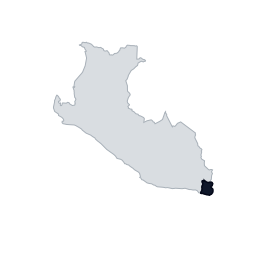 location of Tacna within Peru, rotated 333°
{"feature_id": "PER-575", "entity_name": "Tacna", "entity_type": "Department", "adm_level": 1, "iso_a3": "PER", "parent_name": "Peru", "parent_adm1": "", "projection": "natural_earth1", "projection_center": [-70.312, -17.577], "detail": "fine", "context": "in_parent", "style": "filled", "palette": "ink", "viewbox_px": 256, "rotation_deg": 333, "n_neighbors": 0, "source": "natural_earth", "source_scale": "10m", "svg_char_len": 5238}
<svg xmlns="http://www.w3.org/2000/svg" viewBox="0 0 256 256"><g transform="rotate(333 128 128)"><path d="M174.1,75.4L174.1,76.1L173.4,76.4L172.7,75.9L171.7,76.1L170.1,74.5L166.5,74.7L164.9,76.6L162.6,77.0L159.9,77.9L157.0,78.2L152.3,81.2L151.3,82.4L149.2,84.2L147.5,84.8L146.6,90.2L145.0,93.4L144.3,95.1L145.2,97.7L145.2,99.0L144.3,100.0L143.5,100.2L141.9,101.3L139.5,103.7L139.1,105.5L139.9,107.9L139.6,108.2L137.7,108.7L137.7,110.0L137.3,110.5L139.0,112.5L139.9,112.9L139.9,113.4L139.8,113.9L139.4,114.1L139.4,114.6L140.6,116.0L141.5,118.9L143.2,120.3L143.2,121.3L143.7,122.2L144.6,122.9L146.7,125.8L146.8,127.1L144.6,130.2L148.2,130.2L152.2,131.2L152.7,131.7L153.2,133.1L153.2,134.0L154.0,134.8L154.0,136.5L159.2,136.5L162.6,136.1L168.0,130.9L168.9,130.5L168.4,131.6L168.4,132.4L168.7,133.3L168.0,134.6L168.0,147.1L169.0,146.5L170.3,147.7L171.2,147.7L174.2,146.3L177.7,146.5L185.8,163.0L185.1,164.1L185.1,164.9L184.1,165.6L183.1,167.0L183.0,173.5L182.2,175.5L182.7,176.5L183.1,178.6L183.9,179.8L184.0,180.6L184.0,181.0L182.8,181.7L182.8,182.8L180.7,185.2L180.4,186.8L179.6,187.3L179.5,189.1L181.3,192.0L180.1,193.7L179.0,196.3L180.9,201.7L181.6,202.4L182.4,202.4L183.6,202.9L184.3,203.7L182.8,204.7L182.5,205.1L182.6,206.9L181.0,208.2L178.9,211.6L178.3,211.8L177.2,212.8L177.0,213.3L177.2,213.8L178.1,214.8L178.2,216.1L176.6,217.6L175.5,217.8L175.1,218.2L175.6,220.3L175.6,221.2L175.2,222.3L174.5,223.5L172.1,224.8L170.0,225.0L166.4,221.9L165.3,220.6L161.7,217.9L161.2,215.2L160.0,213.8L157.8,212.8L156.1,211.4L154.7,210.7L151.5,207.6L148.6,206.6L143.1,203.3L140.1,202.2L136.3,199.1L134.3,198.3L132.6,196.9L127.6,193.8L126.8,192.9L126.1,191.3L125.0,190.5L123.7,188.4L121.9,187.2L120.1,185.6L117.9,181.3L116.8,180.3L116.7,178.3L116.0,177.4L117.1,176.8L117.7,173.7L117.4,172.2L114.8,168.1L114.3,166.4L112.5,163.2L111.8,161.3L110.3,160.0L109.7,158.8L108.8,158.3L108.8,156.8L108.2,154.1L107.4,152.7L104.4,150.1L104.1,147.3L103.4,145.3L99.3,137.4L96.9,129.8L94.9,125.5L94.0,123.1L94.0,121.8L92.5,119.5L91.6,117.5L88.3,113.5L86.3,109.1L86.1,107.8L84.7,105.4L82.6,102.2L81.5,100.9L75.1,97.1L72.1,94.7L71.7,93.5L71.9,92.8L72.5,92.1L73.4,92.6L74.0,92.4L74.4,91.5L74.4,90.2L73.9,88.5L71.8,85.3L72.3,83.8L70.2,80.0L70.7,76.3L71.2,75.4L74.3,71.6L75.1,70.1L76.5,69.1L77.8,67.6L79.4,66.4L79.9,66.8L80.4,68.8L80.3,70.1L80.8,71.6L79.7,73.0L78.4,72.7L78.0,73.0L77.8,73.6L78.0,74.7L78.3,75.1L79.2,75.1L78.0,77.1L78.1,77.5L78.9,77.8L79.8,77.3L80.6,76.2L81.2,76.0L84.3,77.9L85.8,77.7L86.9,78.6L87.0,80.0L88.6,82.7L90.9,83.4L91.3,83.2L91.8,82.1L92.3,82.0L92.4,80.5L94.5,78.9L94.8,77.7L94.5,77.0L94.5,76.3L95.7,72.8L96.1,72.4L96.4,71.2L96.9,70.5L97.5,66.5L98.1,66.5L98.6,67.5L99.3,67.2L98.9,66.3L99.0,66.0L101.3,62.8L102.0,62.1L112.8,57.7L118.1,53.1L122.9,46.8L124.4,40.4L124.9,40.8L125.8,40.6L125.5,38.1L125.7,36.8L125.7,36.4L124.2,34.9L123.6,33.2L122.3,32.2L122.4,31.9L123.7,32.2L125.0,32.1L126.0,31.0L126.8,31.1L128.6,32.6L129.9,32.7L130.3,33.7L131.6,34.5L133.4,36.7L134.2,39.1L134.2,39.6L135.0,40.8L136.8,41.5L138.5,43.2L140.3,43.8L141.1,45.4L141.6,45.9L141.9,46.8L141.6,47.9L141.9,48.5L143.2,49.4L144.4,49.5L144.6,49.9L145.2,52.6L144.8,53.9L145.0,54.7L146.5,55.3L146.9,55.9L148.1,56.0L149.8,55.5L151.9,56.3L153.6,56.0L154.3,55.8L155.1,55.2L155.7,55.2L157.4,53.5L157.8,53.3L159.6,54.1L161.1,55.3L162.9,55.0L163.7,54.3L165.0,53.9L167.4,55.4L167.9,56.0L168.6,56.2L171.1,57.6L171.6,58.2L173.0,58.7L173.2,59.2L173.2,59.7L167.1,70.6L169.0,71.5L170.7,70.9L171.6,71.7L172.3,73.4L173.7,74.6L174.1,75.4Z" fill="#d9dde1" stroke="#a8b0b8" stroke-width="1"/><path d="M178.2,216.1L177.1,217.3L176.6,217.7L176.2,217.7L175.8,217.7L175.4,217.7L175.2,218.0L175.1,218.5L175.2,218.9L175.3,219.2L175.4,219.7L175.4,220.0L175.5,220.1L175.7,220.5L175.8,220.7L175.8,220.9L175.8,221.1L175.2,222.5L175.0,222.9L174.8,223.1L174.5,223.4L174.1,224.0L173.9,224.1L173.7,224.2L173.4,224.2L173.2,224.3L172.6,224.7L172.4,224.8L171.9,224.8L170.9,224.7L170.5,224.8L170.2,224.9L170.0,224.7L169.6,224.4L169.0,223.9L168.7,223.7L168.4,223.5L168.1,223.3L167.6,223.0L167.2,222.5L167.1,222.4L166.9,222.3L166.4,221.7L166.2,221.6L165.9,221.5L165.8,221.4L165.6,221.0L165.6,220.7L165.4,220.7L164.9,220.3L164.7,220.1L164.2,220.0L164.0,219.9L163.5,219.4L163.3,219.3L163.2,219.2L163.3,218.9L163.5,218.6L163.6,218.4L164.0,218.1L164.3,217.8L165.1,217.4L165.3,217.4L165.5,217.2L165.7,216.6L165.8,216.5L165.9,216.4L166.2,216.0L166.3,215.9L166.5,215.6L166.5,215.4L166.6,214.8L166.7,214.7L167.1,214.1L167.2,213.8L167.3,213.6L167.4,213.4L167.5,213.3L167.6,213.2L167.8,213.1L168.0,213.1L168.4,212.9L169.1,211.9L169.4,211.5L169.5,211.3L169.5,211.2L169.5,210.9L169.4,210.7L169.4,210.4L169.4,210.2L169.5,209.7L169.6,209.4L169.7,209.2L169.9,208.9L170.1,208.8L170.4,208.8L170.6,208.8L170.8,208.9L170.9,209.0L171.0,209.1L171.2,209.7L171.3,209.8L171.5,210.0L171.8,210.1L172.0,209.9L172.2,209.3L172.4,209.8L173.0,210.8L173.4,211.8L173.7,212.2L173.8,212.2L173.9,212.3L174.1,212.4L174.4,212.8L174.6,212.9L174.7,213.0L174.8,213.0L175.2,213.3L175.3,213.3L175.5,213.3L175.6,213.2L175.8,213.2L175.8,213.3L176.0,213.5L176.1,213.8L176.3,213.9L176.7,213.8L176.8,213.8L177.3,213.8L177.8,214.2L178.0,214.4L178.1,214.6L178.2,214.9L178.2,215.3L178.2,216.1L178.2,216.1Z" fill="#0f172a" stroke="#020617" stroke-width="1.5"/></g></svg>